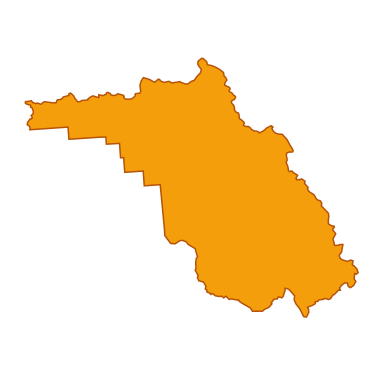 Beaverhead, Montana, United States of America (Equal Earth projection), rotated 176°
{"feature_id": "52423323B11002176870348", "entity_name": "Beaverhead", "entity_type": "district", "adm_level": 2, "iso_a3": "USA", "parent_name": "United States of America", "parent_adm1": "Montana", "projection": "equal_earth", "projection_center": [-112.883, 45.148], "detail": "fine", "context": "isolated", "style": "filled", "palette": "amber", "viewbox_px": 384, "rotation_deg": 176, "n_neighbors": 0, "source": "geoboundaries", "source_scale": "gbopen_adm2", "svg_char_len": 4354}
<svg xmlns="http://www.w3.org/2000/svg" viewBox="0 0 384 384"><g transform="rotate(176 192 192)"><path d="M177.0,321.5L177.1,321.3L177.2,318.9L176.0,316.4L174.1,313.8L175.2,310.4L179.2,306.7L181.9,303.3L185.5,302.2L187.3,300.8L189.4,300.0L190.8,300.2L195.6,302.2L196.5,303.0L197.6,302.8L204.6,302.2L206.9,303.9L208.3,303.9L211.3,303.3L212.4,303.4L215.4,304.8L216.3,305.7L216.3,306.4L217.8,306.9L221.4,304.1L223.0,304.8L226.3,307.1L232.5,309.5L234.9,306.3L236.2,303.0L236.5,301.9L236.2,295.8L236.8,294.7L237.5,294.2L241.4,294.1L241.9,293.6L241.9,292.2L242.2,291.7L242.9,291.0L245.6,289.1L249.2,289.0L251.3,289.2L252.9,290.1L253.4,291.4L253.0,292.3L254.0,293.4L259.0,295.1L259.5,295.1L261.5,293.7L265.1,294.0L266.1,294.6L266.6,295.9L269.0,297.2L269.7,297.2L270.4,296.8L270.7,295.6L273.9,294.4L275.9,294.8L278.1,295.6L278.4,294.3L278.3,293.5L278.6,292.8L281.1,293.5L283.5,294.7L285.4,294.5L289.2,292.2L289.6,291.1L295.4,291.0L297.4,290.0L299.7,289.9L302.5,294.0L303.4,296.3L306.1,299.1L307.9,298.7L308.1,296.9L313.9,295.7L314.2,295.0L315.9,293.8L317.1,293.4L319.9,293.3L320.6,292.2L321.3,290.5L324.3,290.6L332.6,292.3L333.0,292.4L334.7,291.5L335.9,290.3L336.7,290.1L339.7,291.4L340.5,291.5L341.8,291.1L344.8,292.5L345.8,294.3L347.8,293.9L351.6,293.8L352.1,293.2L351.9,291.9L348.9,290.4L347.2,290.2L346.8,289.2L347.2,288.0L345.5,286.8L344.8,284.0L344.7,283.1L345.0,281.2L347.1,279.5L346.1,277.2L347.2,276.2L348.4,276.2L351.2,272.8L351.7,270.6L350.6,269.9L349.7,269.0L349.0,266.9L349.1,266.1L349.5,265.7L350.1,265.4L311.2,265.4L311.1,253.2L279.4,253.1L274.1,252.8L274.1,245.7L260.9,245.5L260.9,231.1L257.8,231.1L257.7,216.3L239.2,216.3L239.2,201.5L223.2,201.5L222.1,157.7L222.1,150.3L216.8,142.1L212.4,141.5L207.5,144.3L204.8,144.4L200.9,142.5L199.6,140.1L192.8,135.3L191.8,130.3L191.0,127.0L192.4,125.4L193.3,121.0L193.3,115.7L194.3,113.8L193.3,111.7L191.7,108.3L192.6,106.5L191.5,103.0L186.9,101.4L184.7,97.1L185.5,94.2L184.1,93.4L184.0,91.1L181.2,89.9L180.6,88.5L178.8,89.3L175.7,86.7L171.6,85.8L169.9,86.2L167.8,84.2L165.5,85.7L162.3,82.2L160.0,82.6L154.4,81.0L153.0,81.2L152.7,79.8L149.8,77.5L141.9,72.3L140.0,68.8L130.0,68.2L127.6,70.0L123.5,71.4L120.1,74.8L120.7,75.8L117.5,79.5L114.5,79.3L113.2,81.4L109.7,80.2L108.3,81.6L106.0,87.3L106.1,89.4L104.2,89.1L102.0,88.0L96.9,81.3L97.6,77.3L96.1,73.1L92.7,68.1L89.2,59.8L86.5,59.3L84.0,63.6L83.8,66.8L84.9,68.9L79.8,70.5L76.8,72.0L76.6,74.1L74.2,74.0L72.7,75.6L68.6,75.7L66.9,76.6L63.1,75.2L61.1,76.0L58.9,79.2L57.1,79.9L52.7,83.8L50.9,83.7L51.5,86.0L49.2,88.6L45.9,90.7L43.4,90.3L42.7,86.9L40.7,85.5L37.4,87.4L34.8,91.4L36.3,94.0L35.4,99.3L34.0,98.5L31.9,99.9L32.8,103.6L35.4,106.9L36.7,107.8L37.2,108.9L36.5,110.2L36.2,112.2L38.6,113.0L41.8,111.9L46.7,113.8L48.8,115.5L49.3,117.1L49.5,118.4L49.2,119.2L47.1,121.5L45.1,129.1L48.4,129.3L49.2,128.7L50.1,128.7L52.4,128.7L53.5,128.9L53.7,129.4L53.9,132.2L54.7,134.8L54.1,136.3L51.6,140.1L51.7,140.6L54.1,144.1L54.1,145.6L52.5,146.7L52.8,148.2L54.6,148.2L58.0,150.6L58.1,151.0L58.2,151.8L57.8,155.2L57.2,158.4L57.4,161.1L57.8,161.8L63.7,168.8L63.9,170.0L63.4,170.9L63.4,171.9L64.3,173.8L65.1,174.6L65.6,174.5L66.8,175.1L67.9,175.9L68.8,177.0L69.1,178.1L70.5,180.7L75.3,184.3L76.5,186.7L75.9,188.5L79.1,192.7L78.5,194.9L81.7,197.4L84.4,196.8L86.8,197.1L87.3,198.2L86.5,199.7L85.5,201.3L89.5,204.3L90.8,205.9L92.4,205.9L93.2,205.5L94.3,206.5L94.4,208.9L94.6,210.5L96.1,215.3L94.9,216.7L94.9,219.0L95.2,220.4L95.3,223.2L94.6,224.2L92.2,225.2L91.3,225.0L90.5,224.8L88.7,225.1L88.2,226.1L89.2,228.6L91.2,232.4L93.5,237.6L98.0,243.3L101.4,243.7L103.9,244.5L106.6,246.8L107.9,250.0L107.8,250.3L106.8,250.9L106.9,251.5L108.5,252.6L113.7,250.3L114.3,249.5L116.7,247.9L120.8,246.2L121.9,247.7L125.6,248.6L127.6,249.7L129.0,251.2L129.6,252.3L131.6,253.6L132.3,253.3L134.6,254.0L135.8,254.7L135.8,256.0L135.0,256.8L135.3,258.0L137.7,260.5L139.6,262.0L139.7,265.5L140.1,267.4L142.2,268.4L143.7,270.4L144.0,271.5L143.7,272.4L144.0,274.3L144.3,275.5L146.1,277.6L146.4,278.9L145.9,280.2L145.4,280.7L144.3,280.9L143.2,281.5L141.9,283.4L142.1,284.5L143.7,285.5L144.9,287.6L147.9,289.8L147.8,290.8L146.8,292.1L147.3,293.6L151.9,296.3L151.9,297.6L150.6,300.0L149.4,301.2L150.4,303.8L151.9,305.5L152.3,309.0L155.2,311.8L159.1,314.5L163.5,316.7L167.8,317.9L168.2,320.9L171.6,324.4L173.0,324.7L176.2,322.5L177.0,321.5Z" fill="#f59e0b" stroke="#b45309" stroke-width="1.5"/></g></svg>